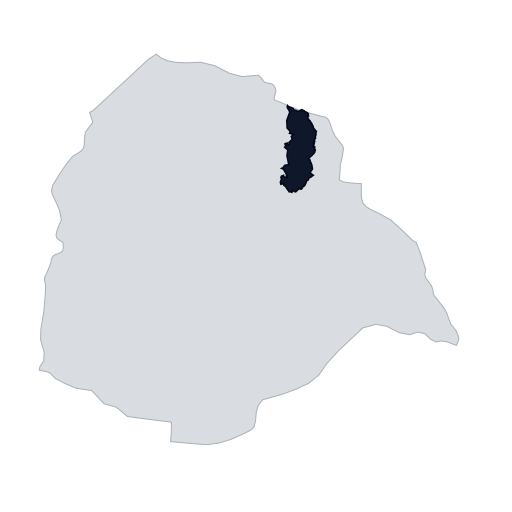 location of Matobo, Matabeleland South, Zimbabwe, rotated 185°
{"feature_id": "62879985B11044582115440", "entity_name": "Matobo", "entity_type": "district", "adm_level": 2, "iso_a3": "ZWE", "parent_name": "Zimbabwe", "parent_adm1": "Matabeleland South", "projection": "mercator", "projection_center": [28.344, -20.969], "detail": "fine", "context": "in_parent", "style": "filled", "palette": "ink", "viewbox_px": 512, "rotation_deg": 185, "n_neighbors": 0, "source": "geoboundaries", "source_scale": "gbopen_adm2", "svg_char_len": 7304}
<svg xmlns="http://www.w3.org/2000/svg" viewBox="0 0 512 512"><g transform="rotate(185 256 256)"><path d="M372.9,448.4L368.0,445.1L361.3,442.9L352.9,441.9L341.9,442.4L328.3,444.2L313.8,442.0L298.3,435.7L285.5,433.5L270.1,436.2L269.4,436.3L266.7,434.2L262.6,429.7L255.5,428.9L253.6,427.8L252.1,426.1L251.0,424.0L250.6,421.6L251.8,414.1L251.2,413.3L249.3,412.4L245.5,411.5L236.2,408.1L224.6,404.9L205.8,401.3L198.5,400.3L196.8,399.2L194.6,396.5L191.0,388.0L187.6,382.3L179.5,373.6L178.2,370.9L178.6,364.1L179.2,358.5L180.1,353.8L179.7,349.4L179.6,343.9L179.8,340.2L178.8,338.7L175.8,337.5L167.4,337.0L157.3,337.3L157.0,331.7L156.0,323.1L154.1,318.2L151.8,315.6L147.2,312.9L137.7,309.3L124.9,303.7L114.0,295.4L101.4,285.2L97.5,283.4L92.8,273.8L85.8,257.4L86.2,251.9L85.2,249.3L78.3,241.2L76.8,237.0L75.6,232.8L64.7,221.1L61.0,215.9L58.1,209.3L55.3,204.1L52.9,202.0L49.8,198.4L47.7,194.3L46.7,191.2L47.5,187.2L48.6,184.4L58.9,187.3L64.6,187.5L69.0,186.1L74.5,188.0L81.1,193.3L88.2,194.3L95.9,191.0L106.4,192.0L119.5,197.3L130.4,198.4L143.3,193.7L154.9,180.7L165.8,168.5L176.5,154.4L182.9,143.0L192.4,133.8L204.8,126.7L217.5,120.7L236.9,113.3L240.8,107.3L242.1,100.7L242.1,91.5L243.1,85.6L245.1,82.9L248.3,80.7L252.5,78.0L265.3,71.0L276.0,66.6L289.0,63.7L303.3,63.6L317.1,63.6L324.9,63.6L325.0,72.4L325.6,82.3L327.1,83.3L337.5,83.5L354.1,84.2L370.1,84.9L380.3,92.1L383.7,93.6L394.4,95.5L407.9,107.6L424.2,108.7L435.5,112.4L445.4,116.6L451.1,121.5L454.7,122.6L459.7,123.0L462.1,123.5L461.6,127.0L458.3,133.1L458.7,141.8L463.3,153.8L463.9,164.3L462.5,182.8L462.6,200.7L463.0,207.1L463.8,211.4L464.7,213.7L464.6,216.4L461.9,223.9L459.7,231.9L459.6,235.1L458.7,237.3L457.1,239.3L450.0,243.0L448.8,245.3L448.8,249.4L449.7,252.9L452.4,254.1L455.6,256.1L456.9,258.7L456.9,261.4L455.9,266.5L453.0,274.9L455.8,284.6L459.1,290.8L463.5,298.1L465.3,302.6L465.2,305.8L464.6,309.0L457.9,322.3L453.2,330.5L447.3,339.4L439.6,345.0L437.6,347.7L436.8,350.7L437.1,357.4L436.8,364.4L430.2,375.1L434.3,384.4L433.3,385.2L431.1,386.6L421.6,397.0L412.0,407.6L405.0,415.3L397.0,424.1L388.1,434.0L380.5,442.4L372.9,448.4Z" fill="#d9dde1" stroke="#a8b0b8" stroke-width="1"/><path d="M222.7,323.3L221.9,323.4L221.4,324.1L221.1,324.4L220.8,324.7L220.7,324.9L220.7,325.0L219.6,326.0L219.1,326.6L218.2,326.7L217.7,326.6L217.0,326.4L216.5,326.7L215.7,327.9L215.4,328.8L215.2,329.0L214.7,329.9L214.5,330.6L213.8,330.1L213.0,332.0L212.6,333.1L212.2,334.2L212.1,335.5L210.5,336.3L210.3,337.9L209.4,338.6L209.0,338.8L208.1,339.5L207.6,339.9L206.9,340.7L206.7,340.8L205.9,341.4L208.2,342.9L209.5,343.9L207.4,347.3L207.4,348.2L207.5,348.3L207.7,348.6L207.6,348.8L207.8,349.2L207.7,349.4L207.8,349.6L207.9,349.8L208.0,350.4L208.1,350.6L208.1,350.8L208.3,351.3L208.3,351.6L208.5,351.8L208.5,352.0L208.6,352.3L208.7,352.5L208.8,352.6L208.9,352.8L209.1,352.9L209.1,353.2L209.1,353.3L209.3,353.4L209.3,353.6L209.5,353.7L209.7,353.8L209.7,354.0L209.9,354.5L210.1,355.0L210.3,355.4L210.3,355.6L210.6,356.3L211.0,357.0L211.3,357.1L211.5,357.2L212.1,357.0L212.3,356.9L212.4,357.0L212.5,357.4L212.6,357.5L209.0,361.0L208.8,361.3L208.7,361.5L208.8,361.6L208.8,361.8L208.7,362.0L208.4,362.0L208.2,362.2L208.0,362.3L208.0,362.5L207.9,362.7L207.7,362.9L207.4,363.0L207.1,363.4L207.1,363.6L207.0,363.9L207.0,364.0L206.9,364.2L206.7,364.3L206.9,364.6L206.9,364.8L207.0,365.0L206.6,365.2L206.3,365.8L206.2,366.1L206.1,366.3L206.2,366.7L206.2,366.8L206.3,366.8L206.5,367.0L206.6,367.4L206.7,367.6L206.8,367.9L207.1,368.7L206.9,369.6L206.9,369.9L208.3,370.5L208.6,370.3L208.5,370.7L208.6,370.9L208.5,371.0L208.2,371.0L208.1,371.5L208.1,371.8L208.2,372.0L208.2,372.3L208.3,372.4L208.3,372.5L208.1,372.6L207.9,372.6L207.9,372.9L207.9,373.0L208.2,373.2L208.3,373.3L208.3,373.6L208.4,373.8L208.5,373.9L208.5,374.0L208.4,374.0L208.5,374.1L208.4,374.2L208.3,374.4L208.1,374.6L207.7,374.7L207.7,375.0L207.4,375.2L207.4,375.3L207.7,375.6L207.8,375.7L207.7,376.1L207.9,376.5L207.9,377.1L207.6,377.6L207.4,377.8L207.2,377.9L207.1,378.1L206.9,378.6L207.0,378.9L207.2,379.2L207.3,379.5L207.3,379.9L207.2,380.0L207.2,380.4L207.2,380.6L207.2,380.8L207.0,381.1L207.3,381.3L207.3,381.5L207.0,381.9L207.0,382.0L207.1,382.3L206.8,382.5L206.7,382.7L207.1,383.1L207.2,383.6L207.4,383.9L207.4,384.1L207.4,384.3L207.2,384.4L207.1,384.5L207.0,384.4L206.9,384.5L206.6,385.1L206.6,385.3L206.7,385.5L206.8,385.6L207.0,385.8L207.3,385.8L207.6,386.0L208.0,386.6L208.3,387.0L208.7,387.2L208.8,387.3L208.9,387.6L209.5,388.0L209.9,388.5L210.0,388.6L210.0,389.2L210.0,389.4L210.1,389.6L210.3,389.8L210.4,390.1L210.5,390.2L210.6,390.3L210.7,390.8L210.8,390.9L211.2,390.8L211.3,390.8L211.3,391.0L211.2,391.3L211.3,391.6L211.5,391.7L211.5,392.2L211.6,392.3L212.0,392.6L212.2,392.8L212.2,393.1L212.4,393.5L212.6,393.5L212.9,393.6L213.2,393.8L213.3,394.0L213.3,394.3L213.5,394.6L213.8,395.0L213.9,395.4L214.2,395.6L214.6,395.7L214.8,395.6L215.0,395.6L215.2,395.8L215.2,396.0L215.2,396.3L215.2,396.5L215.3,396.8L215.6,397.0L216.1,397.4L216.3,397.8L216.7,398.2L216.7,398.4L216.5,398.7L216.6,399.3L216.6,399.5L216.4,399.6L215.9,399.7L215.8,399.8L215.8,400.0L216.0,400.4L216.1,401.0L216.2,401.3L216.4,401.5L216.7,401.4L216.8,401.4L216.9,401.5L217.0,401.9L217.1,402.1L217.2,402.6L217.2,402.8L216.9,402.8L217.1,403.0L217.6,403.3L218.0,403.6L218.8,403.8L219.0,403.9L219.8,404.1L220.3,404.5L220.7,405.0L221.1,405.1L221.7,405.2L221.9,405.4L222.7,405.6L223.1,405.9L223.5,405.7L223.9,405.5L224.3,405.2L224.8,404.6L225.0,404.3L225.2,404.2L225.4,404.2L225.8,404.3L226.1,404.2L226.5,403.9L226.8,403.5L227.1,403.5L227.3,403.5L227.6,403.7L227.9,404.1L228.2,404.4L228.4,404.4L228.7,404.4L228.9,404.5L229.2,404.5L229.7,404.7L230.1,404.7L230.4,404.7L230.7,404.8L231.1,405.0L231.4,405.4L231.6,405.7L231.8,406.2L232.0,406.3L232.6,406.5L233.6,406.9L234.4,407.0L235.3,407.3L236.0,407.6L236.3,407.7L237.4,408.2L237.7,408.6L238.0,407.7L237.6,407.3L237.7,406.7L237.7,406.3L237.1,405.8L237.1,405.5L236.7,405.4L236.6,405.1L236.3,405.1L236.2,405.1L235.9,404.9L235.8,404.7L235.7,404.6L235.4,404.4L235.4,404.1L235.5,403.9L235.8,403.9L235.9,403.7L235.7,403.5L235.4,403.5L235.3,403.4L235.2,403.1L235.2,402.8L235.1,402.6L234.9,402.2L235.3,400.9L237.2,393.7L236.3,387.6L236.4,387.4L236.2,386.2L232.6,382.9L233.2,381.6L233.4,381.1L231.9,380.9L229.4,380.4L231.3,378.2L230.1,375.3L233.1,372.0L232.3,370.4L233.7,369.3L234.7,371.3L236.4,370.6L237.0,370.2L236.4,368.9L235.9,368.1L237.0,366.9L236.5,366.5L236.4,366.5L233.6,364.3L233.9,359.5L234.0,358.8L232.2,352.8L231.3,349.6L232.6,349.6L235.4,348.8L236.1,347.4L236.2,347.2L236.2,346.9L238.2,345.5L235.7,344.7L235.8,344.5L235.8,344.4L235.6,343.9L235.3,343.6L235.2,343.4L235.0,343.2L234.6,342.6L234.6,342.4L234.2,342.0L233.8,341.5L233.7,341.3L233.6,341.2L233.4,341.0L233.3,340.9L233.2,340.9L233.2,340.6L233.1,340.3L232.8,339.8L232.8,339.6L232.6,339.4L232.6,339.2L232.7,338.9L232.5,338.5L232.5,338.3L232.5,338.2L232.3,338.0L232.3,337.9L232.2,337.9L232.1,337.7L231.9,337.5L231.7,337.3L231.4,336.9L234.2,337.2L235.5,337.4L235.6,338.5L235.6,338.8L236.3,338.4L237.6,337.8L237.9,337.0L238.1,336.2L237.2,335.2L238.2,331.9L238.0,331.0L237.5,329.6L237.1,329.8L236.7,329.9L236.4,330.0L236.4,329.9L234.6,330.4L234.4,328.8L232.5,327.7L232.0,327.0L231.3,326.0L230.1,324.6L229.5,324.0L228.6,322.8L227.1,322.9L225.7,322.5L225.0,324.6L222.7,323.3Z" fill="#0f172a" stroke="#020617" stroke-width="1.5"/></g></svg>